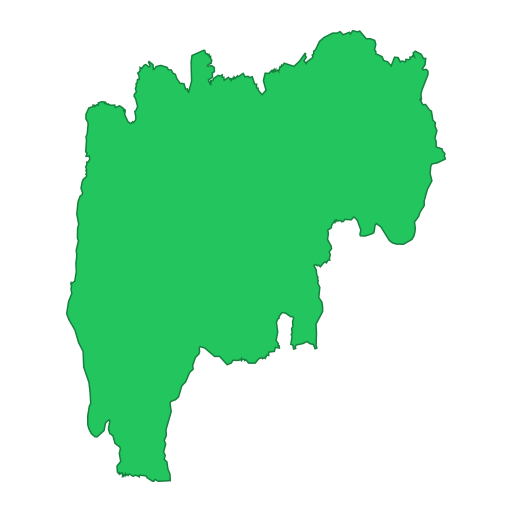 outline of Wonogiri, Jawa Tengah, Indonesia
{"feature_id": "22746128B32217084331074", "entity_name": "Wonogiri", "entity_type": "district", "adm_level": 2, "iso_a3": "IDN", "parent_name": "Indonesia", "parent_adm1": "Jawa Tengah", "projection": "equal_earth", "projection_center": [111.032, -7.962], "detail": "fine", "context": "isolated", "style": "filled", "palette": "green", "viewbox_px": 512, "rotation_deg": 0, "n_neighbors": 0, "source": "geoboundaries", "source_scale": "gbopen_adm2", "svg_char_len": 5876}
<svg xmlns="http://www.w3.org/2000/svg" viewBox="0 0 512 512"><path d="M117.4,472.0L119.2,474.1L119.6,472.8L120.6,473.8L121.6,472.7L122.5,473.2L122.5,476.3L123.5,475.2L123.9,476.2L125.3,473.8L125.7,475.6L127.1,474.4L128.1,475.5L129.3,474.0L133.1,476.3L135.7,475.1L139.3,476.8L139.2,475.5L140.3,475.2L146.1,475.9L147.1,477.7L152.5,481.2L154.0,481.1L155.1,479.4L158.3,481.3L170.3,480.6L169.9,474.0L167.9,469.0L166.9,461.9L164.1,459.1L165.3,455.5L163.6,452.0L165.7,444.0L164.2,440.5L166.3,435.5L166.0,429.6L171.2,411.6L170.0,403.3L170.9,401.4L175.7,399.6L178.6,396.8L181.8,385.8L185.6,381.9L189.7,372.3L193.1,369.3L192.7,365.3L195.4,357.5L199.0,353.8L199.6,351.5L199.2,347.9L200.1,346.6L204.6,347.9L214.7,356.5L219.5,356.3L227.2,364.7L231.3,363.0L232.9,360.3L238.9,360.4L240.1,359.3L241.4,360.6L241.7,358.7L242.2,359.7L244.1,359.3L244.8,360.6L245.9,359.7L248.6,363.1L255.2,363.1L258.6,358.9L261.8,357.6L262.5,358.7L264.5,357.6L265.3,358.4L266.7,355.2L268.7,355.5L268.7,352.1L274.4,351.4L275.3,347.4L279.4,348.1L279.2,345.8L277.9,345.5L278.3,343.7L276.1,340.5L277.7,331.9L276.4,322.4L277.7,319.1L279.3,317.9L278.7,316.9L281.7,313.0L283.0,312.6L285.7,313.2L290.7,316.7L292.6,316.6L293.7,318.2L292.6,321.3L292.9,326.6L291.8,328.1L291.8,331.2L292.5,332.2L291.2,334.5L292.1,336.3L290.8,344.4L292.9,345.1L293.6,349.1L295.7,348.5L295.2,346.4L296.5,344.9L302.5,343.7L307.2,341.5L309.5,343.5L313.4,344.6L315.1,348.8L316.9,348.0L316.1,345.4L316.5,333.1L316.0,324.1L322.6,311.6L322.6,306.8L321.9,302.2L318.8,297.5L319.8,287.4L317.6,282.8L318.3,280.9L317.5,278.8L318.0,277.4L316.8,275.4L316.2,269.9L314.0,265.5L315.8,264.5L317.3,265.7L318.5,265.1L320.4,266.8L323.6,262.8L325.3,261.9L326.4,262.9L327.9,260.3L329.8,260.0L329.3,258.9L330.3,254.7L329.2,251.8L331.5,248.8L331.1,246.0L327.5,239.4L328.4,233.6L327.7,230.2L331.2,227.9L331.9,224.6L334.1,221.6L334.7,222.4L335.1,220.4L335.9,221.5L336.7,220.0L337.8,221.0L340.6,220.4L341.7,221.8L343.4,221.4L344.8,219.4L351.3,219.8L353.5,217.2L354.5,217.3L357.4,220.5L360.8,229.9L359.9,234.7L360.5,235.8L365.3,236.0L372.9,233.4L374.1,232.0L375.0,225.4L376.4,223.6L380.9,226.9L389.3,240.4L392.3,242.8L396.4,244.1L403.6,244.2L411.8,239.5L413.9,236.1L414.9,232.1L415.3,228.5L414.5,222.0L418.6,216.5L420.1,212.0L424.2,205.7L424.2,200.8L427.4,189.3L431.9,180.8L430.1,173.5L430.8,165.9L432.1,163.9L437.3,162.9L445.3,159.0L444.3,155.5L444.9,153.7L442.5,150.9L442.0,148.9L436.2,147.0L436.1,141.3L434.9,138.2L436.9,130.7L435.0,126.2L435.4,122.7L432.9,120.3L431.4,111.1L429.6,110.2L425.6,104.5L422.7,104.7L420.8,100.7L421.3,99.5L419.4,100.1L421.2,98.4L421.0,93.9L422.0,89.9L428.0,74.5L428.0,71.3L426.3,69.4L423.0,69.8L422.4,68.8L425.0,64.8L425.7,58.4L423.5,58.5L421.2,54.3L415.3,51.2L413.1,53.0L414.4,56.8L412.8,55.6L411.8,56.9L409.9,57.2L410.3,58.8L409.1,59.6L405.9,59.4L405.3,61.9L401.8,61.0L400.3,62.0L398.2,57.6L394.6,57.2L391.2,65.9L387.5,61.7L383.8,60.6L382.0,56.6L375.9,53.8L375.8,51.3L374.5,49.8L375.8,44.4L374.7,40.4L370.2,38.7L366.3,38.8L359.7,31.0L357.8,31.9L352.7,30.7L350.4,34.0L349.4,32.3L343.1,34.7L340.0,31.6L337.3,33.1L332.7,33.1L324.3,37.3L319.5,41.4L315.5,49.8L313.7,51.2L313.8,53.7L312.2,55.1L312.9,56.6L312.3,57.9L306.9,61.9L306.3,63.6L303.9,60.8L306.3,57.2L305.3,55.8L305.6,53.7L305.0,53.4L299.3,61.4L294.0,66.4L284.2,63.2L282.4,65.7L281.7,65.2L281.2,66.8L280.1,66.6L279.1,70.1L278.3,70.1L278.5,71.5L277.4,70.3L275.4,71.2L275.6,69.7L274.9,70.5L274.3,69.4L273.8,71.3L273.1,70.2L272.3,70.4L272.5,71.7L271.4,70.7L269.0,73.4L265.2,73.2L263.4,80.5L266.0,90.2L262.1,94.7L258.3,90.3L258.0,88.1L256.5,88.0L256.6,84.2L254.6,84.1L252.3,76.7L250.0,77.6L248.0,76.3L245.2,76.8L243.1,73.4L237.9,77.0L237.4,75.9L235.2,78.3L234.2,77.0L234.1,78.1L233.3,77.8L233.5,79.0L231.9,78.8L231.1,80.4L230.6,78.6L229.6,78.9L228.5,77.3L224.2,80.3L223.8,77.2L222.2,77.3L222.3,74.9L220.3,75.9L218.1,75.4L213.4,78.7L213.3,80.0L211.8,80.3L211.3,82.1L210.6,81.0L210.0,82.2L210.7,84.4L210.1,84.1L208.3,79.9L212.5,77.2L212.3,73.0L214.4,71.7L214.3,67.6L212.1,65.8L207.6,66.2L208.2,64.5L211.0,63.5L210.6,62.6L211.4,62.2L211.7,60.0L210.7,58.9L210.6,56.4L209.5,57.0L209.1,54.5L208.1,55.0L207.6,53.9L205.7,53.7L204.7,50.4L203.7,50.3L192.0,55.5L191.1,62.0L191.6,81.1L188.6,92.2L187.8,91.6L187.4,88.9L185.6,89.3L184.0,83.7L180.1,83.3L176.7,78.5L175.4,74.4L172.7,73.0L171.3,70.0L168.4,69.8L167.0,67.3L160.8,65.4L156.0,66.6L154.2,69.4L153.3,69.5L153.0,64.7L149.1,61.5L148.5,62.4L150.0,65.3L149.8,66.5L148.6,66.8L145.8,64.6L144.3,65.1L141.6,68.5L140.1,67.5L140.0,71.2L137.7,73.1L139.1,76.0L139.3,79.3L137.5,79.5L137.0,83.1L136.1,83.6L136.3,86.5L135.4,88.3L136.4,92.1L134.5,94.1L134.0,96.1L135.6,98.7L137.6,106.5L136.0,110.4L134.8,111.3L135.9,117.5L135.6,120.2L133.3,122.6L132.7,121.8L130.7,123.6L127.9,121.5L124.7,114.8L125.3,110.3L124.7,109.6L124.0,111.1L123.0,108.0L119.5,105.8L115.5,107.5L114.7,105.1L110.6,105.3L108.1,103.9L107.3,104.7L105.3,102.2L104.6,103.2L104.0,101.9L101.6,101.8L98.3,102.9L98.2,105.3L96.6,104.8L94.8,106.4L94.5,105.3L93.0,105.1L93.1,106.6L88.9,107.9L86.0,114.2L85.9,118.9L87.9,122.3L88.1,124.5L87.2,134.0L86.0,136.9L86.5,140.2L85.7,151.9L87.0,152.6L86.1,156.4L89.4,156.1L89.6,159.6L88.2,162.0L86.7,162.1L86.9,164.7L85.7,166.7L86.7,169.8L85.9,170.4L86.7,172.4L85.9,174.3L86.7,175.2L86.3,176.8L83.3,179.2L82.2,181.9L81.0,188.2L82.6,192.9L82.0,194.8L80.1,196.2L78.0,202.0L76.8,214.1L78.7,224.3L77.6,228.4L77.4,238.0L78.5,240.8L76.2,250.3L76.8,255.7L75.9,263.3L76.3,271.8L74.7,281.4L72.1,282.9L71.2,282.4L70.9,284.4L71.7,285.1L71.0,288.7L71.8,293.5L68.6,301.4L66.7,313.6L68.8,319.4L75.0,330.1L78.6,342.6L83.1,351.4L83.7,367.0L89.0,382.6L90.2,393.8L90.7,403.5L89.3,406.2L87.7,416.3L87.8,424.6L88.8,428.5L91.4,433.7L94.9,436.7L97.0,436.9L104.0,430.6L105.6,422.8L108.9,419.9L109.9,420.5L108.4,428.9L109.8,433.4L112.9,435.8L115.1,443.5L119.7,446.9L120.4,448.8L119.3,453.4L120.7,461.5L117.0,466.0L117.4,472.0Z" fill="#22c55e" stroke="#15803d" stroke-width="1.5"/></svg>